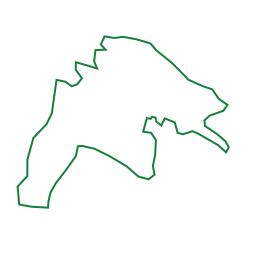 the district of Dzharkurgan, Surkhandarya, Uzbekistan, rotated 97°
{"feature_id": "79887680B28452062330935", "entity_name": "Dzharkurgan", "entity_type": "district", "adm_level": 2, "iso_a3": "UZB", "parent_name": "Uzbekistan", "parent_adm1": "Surkhandarya", "projection": "natural_earth1", "projection_center": [67.558, 37.554], "detail": "fine", "context": "isolated", "style": "outline", "palette": "green", "viewbox_px": 256, "rotation_deg": 97, "n_neighbors": 0, "source": "geoboundaries", "source_scale": "gbopen_adm2", "svg_char_len": 1036}
<svg xmlns="http://www.w3.org/2000/svg" viewBox="0 0 256 256"><g transform="rotate(97 128 128)"><path d="M217.1,226.7L217.4,223.2L217.9,214.4L216.9,198.9L216.8,197.6L211.0,198.0L201.6,197.1L191.4,192.8L175.3,183.3L162.1,176.3L152.2,175.5L151.4,171.0L152.7,158.6L158.2,142.8L166.2,124.7L175.0,111.6L176.3,101.2L171.0,96.0L162.5,98.7L151.6,97.8L136.6,98.8L130.0,104.5L129.8,112.5L115.9,110.5L116.1,106.6L114.1,105.5L114.2,102.0L118.2,100.7L121.4,95.3L114.0,92.6L116.8,82.2L126.8,78.1L127.5,72.6L123.3,63.5L125.5,56.6L130.3,45.3L134.0,36.5L140.2,27.7L134.8,25.6L129.2,29.8L123.0,39.1L116.7,51.8L111.2,53.1L105.8,48.5L99.2,35.3L92.9,32.1L88.1,41.4L79.4,49.1L77.2,59.5L72.8,73.8L58.4,91.8L47.5,109.3L41.3,116.1L38.9,130.5L38.1,144.4L40.3,152.0L40.0,162.4L48.4,165.2L53.0,159.8L54.7,169.8L66.1,169.7L72.7,165.9L70.9,176.3L69.1,187.7L76.6,187.0L84.2,179.7L91.0,183.9L93.4,189.0L89.7,195.8L88.9,204.8L122.6,205.4L133.9,209.2L149.4,220.7L171.6,224.0L188.0,222.1L199.6,230.4L217.1,226.7Z" fill="none" stroke="#15803d" stroke-width="2"/></g></svg>